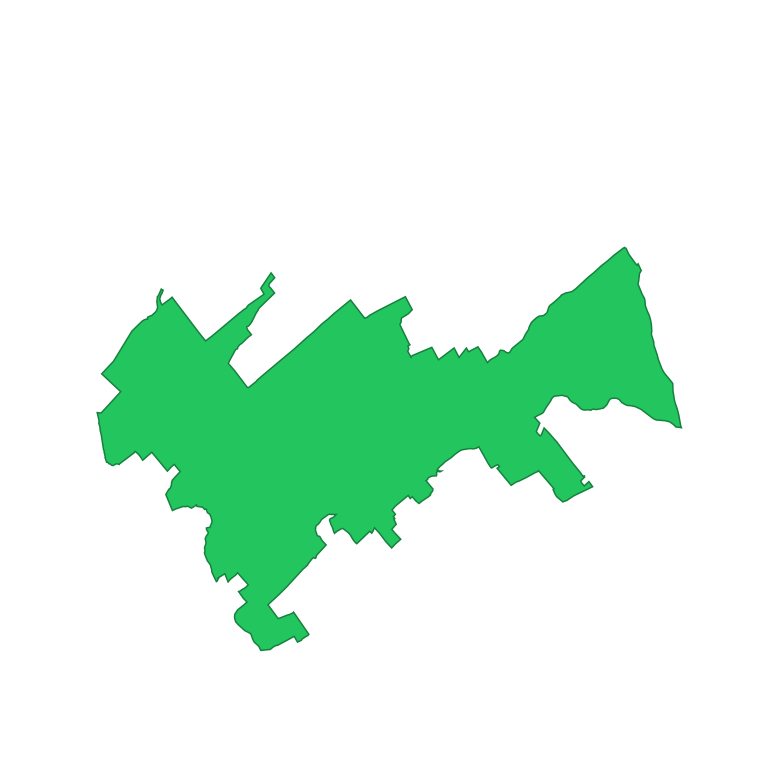 the district of Lungani, Iasi, Romania, rotated 241°
{"feature_id": "2599482B77898922743518", "entity_name": "Lungani", "entity_type": "district", "adm_level": 2, "iso_a3": "ROU", "parent_name": "Romania", "parent_adm1": "Iasi", "projection": "natural_earth1", "projection_center": [27.139, 47.151], "detail": "fine", "context": "isolated", "style": "filled", "palette": "green", "viewbox_px": 768, "rotation_deg": 241, "n_neighbors": 0, "source": "geoboundaries", "source_scale": "gbopen_adm2", "svg_char_len": 6171}
<svg xmlns="http://www.w3.org/2000/svg" viewBox="0 0 768 768"><g transform="rotate(241 384 384)"><path d="M498.0,119.3L489.8,116.9L487.9,115.5L484.5,114.8L480.8,113.2L476.7,112.1L462.9,107.0L460.9,106.7L459.9,106.1L456.3,105.2L454.7,104.3L450.1,103.5L449.6,104.4L447.7,104.7L446.4,106.0L445.1,106.3L444.0,107.5L444.0,111.0L443.3,112.2L442.0,113.4L442.4,114.1L445.0,132.3L445.7,133.7L442.5,134.9L439.2,135.6L434.3,136.0L436.9,147.8L412.8,152.3L414.6,157.8L415.4,161.5L406.2,163.3L402.6,152.4L401.0,150.6L398.5,148.9L396.5,146.6L396.2,144.7L393.1,139.6L375.9,137.6L375.6,141.8L374.3,148.8L372.7,151.3L372.4,153.0L368.7,155.5L369.1,161.4L367.6,161.1L364.2,165.6L361.2,166.3L361.2,167.0L360.8,167.8L357.0,167.2L354.6,168.5L351.4,168.2L347.1,167.0L345.2,164.9L343.1,162.2L344.2,158.9L343.4,158.4L341.5,158.1L340.2,158.4L339.1,158.1L338.0,157.0L337.5,155.4L335.5,152.7L331.4,151.4L330.1,150.2L327.9,147.7L326.6,147.1L325.1,146.8L323.5,145.2L321.9,144.7L314.9,143.8L309.6,144.5L307.5,143.7L305.6,143.4L302.6,142.2L292.4,141.6L292.3,141.9L293.2,143.6L294.1,144.0L294.1,144.9L294.8,144.8L295.2,152.8L286.5,151.7L287.7,154.9L288.9,162.0L289.9,164.4L274.3,167.9L273.4,165.5L272.9,162.2L273.1,161.2L272.7,157.8L273.0,156.2L264.6,157.1L259.7,158.4L258.8,154.7L257.5,146.7L255.1,142.1L253.2,140.6L251.2,139.7L247.8,139.0L244.3,139.8L236.0,142.6L230.2,146.4L223.9,145.4L221.1,145.4L215.4,147.3L210.7,147.1L207.0,155.8L207.8,160.4L207.6,162.7L207.0,164.3L206.8,183.1L200.2,183.2L199.9,187.3L200.0,187.9L200.6,188.6L201.0,193.9L200.9,195.5L201.5,196.9L228.3,194.3L228.0,193.7L228.2,189.0L228.6,188.2L230.1,177.7L247.2,175.5L250.4,188.7L253.7,200.5L261.2,223.0L262.7,229.6L263.3,230.0L266.1,236.6L266.4,237.7L265.8,238.6L264.9,239.1L264.9,240.1L266.0,241.0L266.9,242.2L271.3,255.4L277.3,253.9L281.5,253.9L282.0,253.8L283.0,252.5L284.0,252.2L289.3,253.1L292.8,255.6L293.3,258.5L294.0,260.5L295.8,263.7L296.8,271.9L296.5,273.2L295.5,274.5L293.1,278.9L292.1,275.8L292.0,273.7L292.3,271.7L291.5,270.4L286.9,269.5L284.3,269.4L281.1,268.9L280.0,268.5L277.4,268.3L278.0,271.9L278.0,277.4L276.6,278.4L271.1,280.8L268.0,281.4L263.4,281.4L259.1,282.1L257.5,282.8L262.1,300.2L259.5,300.9L260.3,302.7L261.7,304.3L262.8,306.0L255.5,307.7L245.1,309.2L236.9,311.2L238.6,316.5L240.1,323.4L248.7,321.2L253.2,320.4L255.4,326.7L261.0,327.1L261.0,328.2L263.3,327.9L264.6,330.8L269.9,329.9L271.7,334.9L274.8,351.1L271.1,351.4L271.6,354.1L266.5,355.1L262.5,356.7L263.2,360.5L263.9,368.7L264.4,370.9L264.6,371.2L265.3,371.1L266.8,374.6L268.4,375.9L279.1,373.9L279.3,375.6L280.5,377.3L280.4,380.3L280.0,381.7L278.3,385.3L279.0,386.1L280.8,386.8L281.2,387.2L281.6,388.4L280.0,390.5L280.0,392.0L280.8,390.6L283.1,388.7L284.8,393.0L285.6,397.4L286.3,399.3L287.0,407.0L288.2,412.5L288.8,418.1L288.6,420.3L286.6,426.0L285.5,428.5L284.3,430.0L283.6,431.7L283.1,433.4L283.1,436.5L263.6,436.6L259.0,437.0L258.3,437.5L258.5,441.1L258.3,444.5L255.7,444.8L255.5,442.0L233.7,446.1L234.2,451.6L233.6,455.4L233.2,464.0L233.2,472.6L232.9,476.2L233.3,477.1L210.0,481.9L209.9,480.8L205.4,480.3L201.9,480.4L194.2,483.2L193.5,487.6L194.2,495.8L193.0,516.7L199.3,515.9L197.8,509.8L200.8,509.0L203.7,508.9L205.4,514.4L206.5,514.7L206.7,514.4L206.5,513.5L207.2,513.3L212.1,512.7L223.6,510.6L249.2,507.1L261.1,504.5L267.9,502.7L263.1,496.8L262.9,495.5L265.6,494.6L268.5,494.1L274.2,501.3L281.8,499.5L281.9,504.1L281.6,506.3L281.8,509.5L284.3,513.5L288.5,521.7L290.0,523.8L290.7,526.2L290.7,527.1L287.8,534.2L284.3,537.9L283.3,538.5L279.7,538.8L276.8,539.8L273.1,542.4L267.0,544.1L265.1,545.4L263.9,546.9L262.7,549.7L260.8,552.2L260.9,554.2L258.7,557.3L256.5,564.3L257.7,568.7L260.6,573.2L261.1,574.5L261.2,575.7L259.6,579.2L258.5,580.6L256.7,582.1L252.4,583.0L248.8,585.2L247.1,586.7L245.4,589.3L242.4,592.8L237.3,596.5L223.2,602.7L220.6,604.6L215.6,612.1L212.3,615.6L208.3,617.5L204.9,618.5L201.6,623.0L203.5,623.2L214.0,626.8L219.7,628.3L227.4,629.7L230.8,630.8L238.3,633.6L244.2,636.7L245.6,636.7L257.5,634.5L262.2,634.4L272.2,635.8L277.3,637.1L287.2,638.9L289.9,640.3L297.3,641.8L298.4,642.3L300.5,643.9L306.4,646.7L310.8,648.2L315.6,649.3L320.0,649.6L326.1,650.6L330.2,652.6L332.7,653.3L337.3,653.3L348.3,654.6L350.8,656.8L356.8,661.1L358.5,664.0L365.9,664.5L365.2,663.0L367.2,662.4L378.9,661.0L385.4,661.5L386.2,660.6L386.8,660.6L386.8,659.0L385.2,648.0L383.1,638.2L382.1,631.6L379.7,621.7L378.5,614.8L374.1,596.9L373.8,593.4L374.1,591.5L375.5,587.0L375.8,582.5L374.7,579.5L373.1,572.4L372.2,566.9L371.0,565.0L368.4,562.4L367.2,560.8L366.6,557.3L366.7,556.2L368.2,552.4L368.0,549.5L367.1,545.4L366.2,542.5L363.4,538.5L361.6,536.9L359.1,532.1L355.6,527.1L353.3,514.5L353.0,513.3L351.0,509.7L350.7,508.7L350.9,507.5L353.1,505.8L355.1,505.0L357.1,502.3L356.8,501.1L354.7,499.1L353.9,496.6L353.6,493.9L353.7,490.3L353.5,487.9L352.6,484.8L365.3,484.7L371.0,484.1L371.2,473.6L375.5,473.5L370.8,462.5L381.5,462.8L378.8,443.4L392.9,443.6L395.1,422.8L394.9,421.4L394.3,420.7L401.2,420.6L402.1,422.0L403.2,423.0L405.6,423.3L405.7,425.7L407.6,425.5L428.4,426.7L429.5,428.5L430.2,429.3L431.6,430.0L433.2,431.2L433.6,439.3L435.3,444.7L450.0,445.0L451.1,413.6L451.0,404.4L450.5,401.1L450.9,399.0L473.7,395.5L469.8,374.0L467.9,366.2L466.6,358.5L463.8,348.4L461.9,338.6L458.2,322.7L451.4,287.3L448.9,275.1L448.1,273.1L446.6,264.3L446.7,263.4L447.5,262.8L449.4,262.5L468.7,259.7L477.3,257.8L478.9,259.7L486.0,270.8L485.9,273.0L487.4,274.4L488.3,277.1L488.5,279.4L490.7,287.4L491.4,292.0L497.6,290.9L499.6,291.2L500.6,291.8L500.4,293.2L500.6,294.5L502.4,298.5L507.9,306.4L509.7,309.9L510.8,311.1L516.6,332.4L523.0,331.4L524.9,330.7L525.7,330.8L526.5,331.5L527.5,332.9L529.9,339.9L535.9,339.1L527.5,322.6L520.7,322.6L518.7,303.4L517.1,300.1L517.1,297.4L516.4,294.2L516.2,292.2L509.3,256.8L508.2,248.8L519.4,246.9L562.7,240.7L562.1,238.3L560.8,228.3L561.9,228.1L564.4,228.4L566.8,229.0L567.9,229.8L569.9,232.0L571.0,233.9L573.1,236.3L575.0,235.2L570.7,229.6L570.3,228.2L566.0,225.2L560.9,223.2L558.9,221.3L557.9,219.6L556.6,214.5L557.0,209.7L556.2,208.8L555.4,208.8L556.4,205.9L556.2,202.9L552.5,189.2L535.1,158.6L529.7,142.0L504.9,150.0L496.1,123.6L495.9,122.6L496.1,122.0L498.0,119.3Z" fill="#22c55e" stroke="#15803d" stroke-width="1.5"/></g></svg>